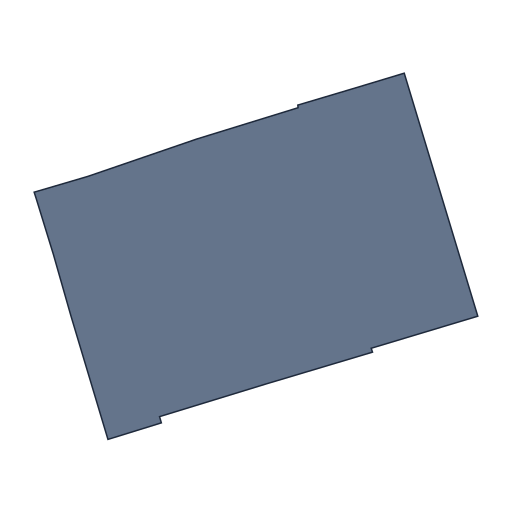 the district of Hubbard, Minnesota, United States of America, rotated 253°
{"feature_id": "52423323B61321967815878", "entity_name": "Hubbard", "entity_type": "district", "adm_level": 2, "iso_a3": "USA", "parent_name": "United States of America", "parent_adm1": "Minnesota", "projection": "natural_earth1", "projection_center": [-94.906, 47.108], "detail": "fine", "context": "isolated", "style": "filled", "palette": "slate", "viewbox_px": 512, "rotation_deg": 253, "n_neighbors": 0, "source": "geoboundaries", "source_scale": "gbopen_adm2", "svg_char_len": 394}
<svg xmlns="http://www.w3.org/2000/svg" viewBox="0 0 512 512"><g transform="rotate(253 256 256)"><path d="M130.7,227.5L130.0,339.3L134.1,339.2L133.6,450.5L323.3,451.0L387.5,451.2L387.7,395.4L388.1,340.1L385.5,339.6L385.2,233.6L381.3,118.4L381.9,62.5L375.4,62.6L316.6,62.7L252.5,61.5L123.9,60.8L124.1,116.7L130.6,116.8L130.7,227.5Z" fill="#64748b" stroke="#1e293b" stroke-width="1.5"/></g></svg>